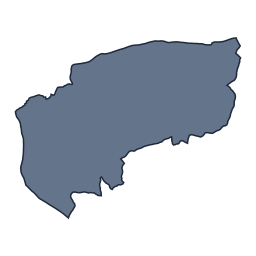 Emuhaya, Western, Kenya (orthographic projection)
{"feature_id": "3690345B95240919244140", "entity_name": "Emuhaya", "entity_type": "district", "adm_level": 2, "iso_a3": "KEN", "parent_name": "Kenya", "parent_adm1": "Western", "projection": "orthographic", "projection_center": [34.617, 0.08], "detail": "fine", "context": "isolated", "style": "filled", "palette": "slate", "viewbox_px": 256, "rotation_deg": 0, "n_neighbors": 0, "source": "geoboundaries", "source_scale": "gbopen_adm2", "svg_char_len": 4366}
<svg xmlns="http://www.w3.org/2000/svg" viewBox="0 0 256 256"><path d="M240.2,45.9L239.4,44.6L238.6,43.2L237.6,41.2L236.6,39.4L236.3,38.0L233.9,38.1L231.8,38.6L230.0,39.2L228.5,39.7L226.7,40.4L224.9,41.0L222.7,41.6L220.5,41.9L217.9,42.0L216.4,42.0L214.3,42.0L212.2,42.8L211.4,44.6L210.0,44.9L208.3,44.9L206.4,44.8L204.4,44.5L202.8,43.9L201.1,43.7L199.6,43.8L197.2,43.5L195.3,43.5L193.8,43.4L192.0,43.3L189.5,43.2L187.9,43.1L185.9,42.8L184.4,42.6L182.1,42.4L179.9,42.2L177.7,41.9L175.3,41.9L173.6,42.0L171.4,42.2L169.5,42.6L167.2,42.3L165.1,41.6L163.6,41.1L161.1,40.9L158.7,41.1L157.3,41.1L155.5,40.9L154.0,41.2L152.3,41.5L150.2,42.0L147.9,42.7L146.3,43.2L144.6,43.7L142.7,44.0L139.7,44.8L137.7,45.0L136.2,45.1L134.2,45.2L131.9,45.6L129.2,46.4L126.5,47.4L124.2,48.3L122.8,48.7L120.7,49.3L119.0,49.8L116.4,50.7L113.4,51.7L111.6,52.4L109.8,52.9L108.0,53.4L106.6,53.7L104.2,53.9L102.1,53.6L100.5,54.1L99.2,54.7L97.7,55.5L96.0,56.5L94.8,57.5L93.6,58.4L92.5,59.4L90.5,60.9L88.8,61.8L87.1,62.3L85.2,62.8L83.2,63.1L81.3,63.5L79.5,63.7L78.1,63.9L76.5,64.1L75.1,64.3L73.5,64.6L72.0,65.8L71.4,67.7L71.1,69.8L71.3,71.6L71.0,73.1L70.6,74.7L70.1,77.1L70.3,79.2L71.2,81.1L72.2,82.9L72.4,84.2L70.9,84.5L69.5,83.9L67.6,84.2L65.7,85.5L64.3,85.8L63.4,86.9L61.8,87.1L59.6,87.1L57.8,87.4L57.0,88.6L56.3,90.2L55.5,91.9L55.0,93.7L53.9,95.3L52.4,94.8L51.1,94.3L50.9,95.9L49.7,97.4L48.0,98.7L46.0,99.1L45.6,97.0L43.9,97.2L42.9,95.9L40.6,95.5L38.9,94.9L37.1,95.4L35.1,96.1L33.0,96.9L31.0,97.3L29.1,98.3L28.2,100.4L26.5,101.2L26.5,103.0L25.0,103.6L24.9,105.1L23.2,106.0L21.9,107.2L19.9,108.0L18.2,109.3L16.7,110.1L15.4,111.8L15.9,114.4L16.7,117.0L17.7,118.3L19.1,120.4L20.1,122.7L20.5,124.4L20.7,126.2L21.0,127.8L21.4,129.8L21.5,131.3L21.8,133.6L22.5,135.5L23.0,137.2L23.4,138.7L23.5,141.4L23.6,145.7L23.4,152.1L23.3,154.1L22.9,157.7L22.6,160.0L22.1,162.0L21.5,164.3L20.9,166.3L20.7,168.5L20.9,170.1L21.1,172.4L22.1,174.8L23.0,176.6L23.7,177.8L24.2,179.2L24.9,181.5L25.5,183.6L25.8,185.0L27.9,187.0L29.9,189.1L31.8,191.0L33.7,192.5L35.4,194.1L36.5,195.4L37.9,196.9L39.1,198.3L41.0,199.4L43.5,200.9L46.2,202.5L49.0,204.4L52.0,206.2L55.1,208.1L58.3,210.2L60.7,211.8L63.1,213.5L68.4,218.0L69.0,216.2L69.7,214.6L70.6,213.2L71.5,211.5L72.5,210.5L73.4,208.8L74.3,207.4L75.0,206.0L74.7,203.9L73.3,202.2L72.7,200.6L71.6,198.9L70.7,197.0L70.6,195.6L71.4,193.7L73.1,192.1L75.5,192.1L77.5,192.6L80.0,192.7L82.5,192.2L84.8,191.9L87.2,192.6L88.8,193.0L90.4,192.5L92.5,192.9L94.0,192.8L95.8,194.1L98.3,195.5L101.3,195.7L101.2,194.3L101.1,192.4L100.3,190.2L100.3,187.7L99.6,185.8L99.8,183.8L100.3,181.8L100.8,179.9L100.3,178.1L101.3,177.0L102.6,178.5L103.6,180.6L104.6,181.6L105.7,182.8L107.2,183.7L108.5,184.4L109.5,185.7L109.7,187.4L110.9,188.9L112.2,189.5L113.4,187.6L115.3,186.4L117.2,185.9L118.4,184.7L120.4,184.9L122.8,184.0L123.7,182.5L122.7,181.6L121.6,180.2L121.9,178.2L121.3,176.5L122.2,173.8L122.7,171.8L122.3,169.8L121.9,168.0L122.6,165.5L124.3,163.5L123.6,162.4L122.2,160.5L120.7,159.0L122.1,157.9L124.2,157.1L125.7,156.0L126.9,154.5L128.2,152.7L129.1,151.7L130.5,151.0L131.9,150.7L133.4,151.1L134.8,150.9L136.0,150.0L137.2,149.2L139.1,148.7L141.7,147.8L143.8,146.6L146.0,145.9L148.1,145.3L150.3,144.8L152.6,144.4L154.3,143.9L155.8,143.7L158.1,143.3L159.8,142.4L161.8,141.9L163.0,140.6L164.1,139.7L166.2,138.9L168.4,138.4L170.3,137.3L171.6,136.8L171.8,139.0L171.8,140.5L172.3,142.4L172.5,143.8L173.6,145.0L175.3,144.6L176.6,143.9L178.0,144.0L179.2,143.0L179.8,141.7L181.5,140.6L183.6,141.2L185.4,142.4L187.5,143.3L187.8,140.8L188.2,138.8L188.7,137.3L189.4,135.4L191.7,134.6L193.5,135.1L195.1,135.6L196.5,135.9L198.5,136.4L200.6,137.0L202.6,136.1L203.9,134.7L205.1,132.9L207.3,132.6L209.3,133.0L211.0,133.2L212.4,133.3L213.8,132.6L214.9,131.9L216.6,130.9L218.2,130.4L220.1,129.5L222.0,127.2L223.7,125.9L225.1,125.9L226.8,124.9L227.6,122.9L227.9,121.1L228.7,119.4L229.6,117.8L230.2,116.1L230.6,113.9L231.3,111.9L231.8,110.5L232.2,109.1L233.1,107.6L234.0,106.1L234.2,104.5L234.2,102.9L234.3,101.2L235.0,99.2L235.4,97.1L235.3,95.5L234.9,93.9L233.8,92.5L232.5,90.7L230.9,89.4L230.2,87.9L228.4,86.2L227.0,85.4L228.4,84.1L231.1,82.2L232.7,81.1L234.1,80.5L235.2,79.1L236.2,77.1L236.6,74.6L236.6,72.2L237.0,70.8L237.3,69.1L238.0,67.3L238.7,65.3L239.1,63.4L239.8,61.9L239.6,60.0L240.6,57.9L238.0,55.2L235.7,53.2L237.3,49.5L239.1,47.7L240.2,45.9Z" fill="#64748b" stroke="#1e293b" stroke-width="1.5"/></svg>